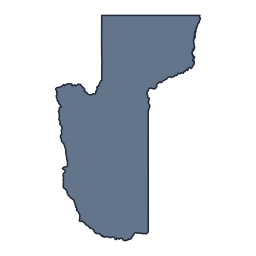 Mohave, Arizona, United States of America (Natural Earth projection)
{"feature_id": "52423323B36780146179485", "entity_name": "Mohave", "entity_type": "district", "adm_level": 2, "iso_a3": "USA", "parent_name": "United States of America", "parent_adm1": "Arizona", "projection": "natural_earth1", "projection_center": [-113.558, 35.605], "detail": "fine", "context": "isolated", "style": "filled", "palette": "slate", "viewbox_px": 256, "rotation_deg": 0, "n_neighbors": 0, "source": "geoboundaries", "source_scale": "gbopen_adm2", "svg_char_len": 5496}
<svg xmlns="http://www.w3.org/2000/svg" viewBox="0 0 256 256"><path d="M101.7,15.4L101.6,43.1L101.7,55.7L101.9,60.3L101.7,72.7L101.8,80.4L100.9,80.8L100.4,81.5L98.3,86.3L97.6,86.4L96.8,87.1L96.8,87.6L97.2,87.9L97.4,88.4L95.9,91.3L95.8,92.7L95.2,93.8L94.8,94.1L94.0,93.8L93.3,93.8L92.3,94.4L90.9,94.8L89.3,94.9L88.4,94.4L87.5,93.7L86.6,92.3L84.3,91.3L84.4,90.7L84.9,90.0L84.7,89.4L83.4,87.6L82.9,87.4L81.2,85.6L80.6,84.5L78.4,84.2L77.7,84.3L77.0,85.1L75.8,85.9L75.3,85.5L75.0,84.9L74.7,84.8L74.2,84.9L73.1,85.6L72.1,85.7L71.9,85.5L72.0,84.3L71.5,83.9L67.6,83.8L66.0,84.6L64.7,85.6L64.4,85.4L64.0,84.7L63.7,84.6L61.9,86.1L61.4,86.6L58.6,87.4L56.9,87.7L56.2,88.2L55.6,89.0L55.7,89.7L56.4,90.4L56.9,91.4L56.9,91.7L56.6,92.1L56.6,92.8L56.7,93.0L57.0,93.2L57.3,93.5L57.3,93.8L57.2,94.3L56.4,95.3L56.4,97.3L56.6,98.0L57.3,99.1L57.4,99.6L57.2,100.6L58.7,101.9L58.6,103.2L59.2,104.0L61.3,106.2L61.2,107.0L60.4,107.1L59.3,107.8L59.2,108.7L59.5,109.7L58.9,111.0L58.5,111.4L58.4,111.7L59.2,113.0L59.1,114.7L59.4,115.8L59.3,117.6L58.8,119.6L59.1,120.2L60.2,121.1L60.4,121.5L60.3,122.1L59.8,123.1L59.8,124.2L60.6,125.0L61.8,126.8L62.2,127.5L62.1,128.6L61.3,130.2L61.5,131.3L61.6,132.8L61.9,133.7L61.5,134.5L60.8,135.0L60.6,135.3L60.4,136.4L60.5,137.3L61.3,139.1L61.4,140.5L61.5,140.9L62.2,142.2L63.8,143.7L65.3,148.3L65.8,150.5L65.7,152.8L66.4,155.6L66.8,159.9L67.2,160.2L67.4,160.6L67.5,162.0L67.5,163.6L67.3,165.6L66.9,166.4L66.3,166.8L65.6,167.0L64.2,167.0L63.6,167.3L62.5,168.6L62.7,169.0L64.0,169.6L64.6,170.1L65.2,170.8L65.3,171.3L65.1,172.1L63.7,173.2L63.1,174.5L63.1,176.1L63.5,177.2L63.6,177.9L63.2,179.6L63.5,181.8L63.3,182.9L63.4,184.3L63.1,186.0L63.2,186.9L63.4,187.6L64.2,188.4L65.4,189.1L66.3,190.1L67.0,191.7L67.3,193.4L68.5,195.6L70.0,196.9L70.9,198.1L72.2,198.8L72.8,199.5L73.9,200.1L74.2,201.8L74.8,202.8L75.1,203.7L75.1,204.7L75.8,205.7L75.8,206.7L75.9,207.4L76.9,208.3L76.9,208.9L76.5,209.4L76.5,209.8L77.0,210.7L78.1,211.6L79.7,214.8L79.9,216.6L79.6,217.6L79.7,219.1L79.3,220.4L79.3,220.6L80.0,221.4L80.8,221.4L82.2,221.1L82.7,221.2L83.3,222.3L84.2,222.6L85.3,223.6L85.7,224.8L86.3,225.0L87.3,225.2L88.1,226.1L89.3,227.2L89.8,228.0L90.6,228.3L91.6,228.4L93.1,229.4L93.6,230.2L94.3,231.9L95.6,233.1L95.8,233.0L97.1,233.7L98.0,233.5L99.0,233.5L99.5,234.0L99.8,234.0L100.3,234.3L100.9,235.1L101.2,235.2L101.6,235.8L102.3,236.6L102.7,236.5L103.1,235.9L103.3,236.1L103.9,236.9L104.4,237.1L106.7,236.8L107.9,236.8L109.4,237.5L111.0,237.5L112.8,237.0L113.9,237.1L114.3,237.2L115.1,239.2L115.3,239.5L115.6,239.5L116.4,239.2L116.6,238.6L116.9,238.8L117.7,238.5L118.3,238.6L119.2,239.1L120.5,238.5L121.8,238.2L122.5,238.7L122.8,239.6L123.3,239.7L123.4,240.0L123.7,240.2L124.1,240.6L125.6,240.6L125.9,240.4L126.4,240.4L126.7,240.5L127.0,240.0L127.6,239.7L127.9,239.7L127.9,239.4L128.1,239.2L128.4,239.6L129.1,239.1L129.8,239.2L130.2,238.9L130.6,239.0L131.7,237.9L132.0,236.7L132.8,235.9L132.9,235.4L134.0,234.3L134.8,232.9L135.4,232.5L136.0,232.6L136.7,233.0L137.4,233.1L138.8,233.0L140.6,233.4L141.9,233.3L142.6,233.4L143.2,233.8L144.5,233.5L146.5,233.8L147.5,232.7L147.7,232.2L148.3,231.9L148.2,112.0L148.4,110.9L148.3,110.6L148.7,109.8L148.7,109.2L149.0,108.3L149.7,107.2L149.6,106.6L149.8,105.5L149.4,104.5L149.0,104.3L148.6,103.5L148.2,103.1L148.2,102.6L148.5,102.2L148.8,101.1L148.6,100.2L149.3,99.2L149.2,98.7L149.3,98.6L149.0,98.0L148.1,97.7L147.8,97.3L147.7,96.8L147.8,96.1L147.1,94.4L147.1,93.4L147.1,92.0L147.3,91.6L148.3,90.7L148.7,89.7L148.9,88.7L149.8,88.0L150.6,88.3L151.8,88.2L153.1,88.9L154.1,88.6L154.8,88.8L155.4,88.6L155.8,87.6L156.1,87.2L156.6,86.8L156.8,86.3L156.6,85.3L156.9,83.9L158.4,83.1L159.7,82.0L160.5,82.1L161.0,82.6L161.7,82.3L162.4,81.4L163.0,81.0L165.2,79.7L166.5,79.2L167.6,77.7L168.7,77.0L169.5,76.8L171.1,77.4L173.9,76.6L174.3,76.4L174.8,75.3L175.4,75.2L176.1,75.5L176.6,75.5L177.5,74.7L178.0,73.6L178.6,73.3L180.3,73.7L181.2,72.9L182.3,72.8L183.2,73.2L183.6,72.6L183.6,72.1L183.8,71.8L184.8,71.6L185.3,71.2L185.6,70.2L186.1,69.8L187.4,70.4L188.1,69.9L187.7,68.7L188.2,68.0L189.3,67.5L190.0,67.4L190.3,68.0L190.8,68.5L191.9,67.7L192.5,66.8L192.7,66.1L193.7,64.5L193.9,64.5L193.9,63.8L194.3,63.0L194.2,62.8L194.3,62.7L193.9,61.9L194.0,61.7L193.4,61.6L193.3,61.2L192.9,60.6L193.0,60.5L193.5,60.4L193.1,60.1L193.0,59.9L193.2,59.4L193.0,59.1L193.6,58.7L193.8,58.7L194.0,58.6L193.9,58.1L194.3,57.9L194.2,57.3L194.5,57.0L194.0,56.8L193.5,56.9L193.4,56.7L193.5,56.5L193.5,56.2L192.9,56.0L193.2,55.7L192.8,55.5L193.0,55.2L192.9,55.0L192.5,54.9L192.3,54.6L192.5,54.3L192.3,54.0L192.3,53.4L192.0,53.3L192.2,52.7L192.1,52.3L192.4,52.2L192.6,51.7L192.3,51.5L192.3,51.3L192.7,50.9L192.7,50.6L193.1,50.4L193.0,50.0L193.6,50.1L193.8,50.0L193.6,49.6L194.0,49.6L194.0,49.1L194.0,48.6L194.3,48.4L194.2,48.2L194.5,48.0L194.4,47.8L194.6,47.4L194.5,47.0L194.6,46.7L194.3,46.3L194.3,45.5L194.1,45.2L194.0,44.1L194.1,43.7L193.9,43.6L194.0,43.3L193.7,42.8L193.6,41.9L193.4,41.7L193.5,41.4L193.6,40.8L193.9,40.3L193.9,39.4L194.3,38.8L194.0,38.4L194.3,38.0L194.6,37.9L194.4,37.6L194.5,37.3L194.8,37.3L194.4,36.6L194.6,36.5L194.8,36.7L195.0,36.6L194.7,36.2L195.0,36.0L194.8,35.3L195.0,35.4L195.1,35.1L194.9,35.0L194.5,34.1L195.0,33.5L194.7,33.4L194.6,32.9L194.9,32.5L195.0,31.9L194.9,31.8L194.9,31.7L195.2,31.6L195.3,31.4L195.5,31.6L195.5,30.9L195.9,30.9L195.7,30.2L195.8,29.6L196.0,29.4L195.8,29.0L196.2,28.9L196.8,27.7L196.6,26.9L197.5,25.7L197.6,24.1L199.3,22.2L199.4,20.4L200.4,19.2L200.3,18.1L199.4,16.8L199.8,15.4L101.7,15.4Z" fill="#64748b" stroke="#1e293b" stroke-width="1.5"/></svg>